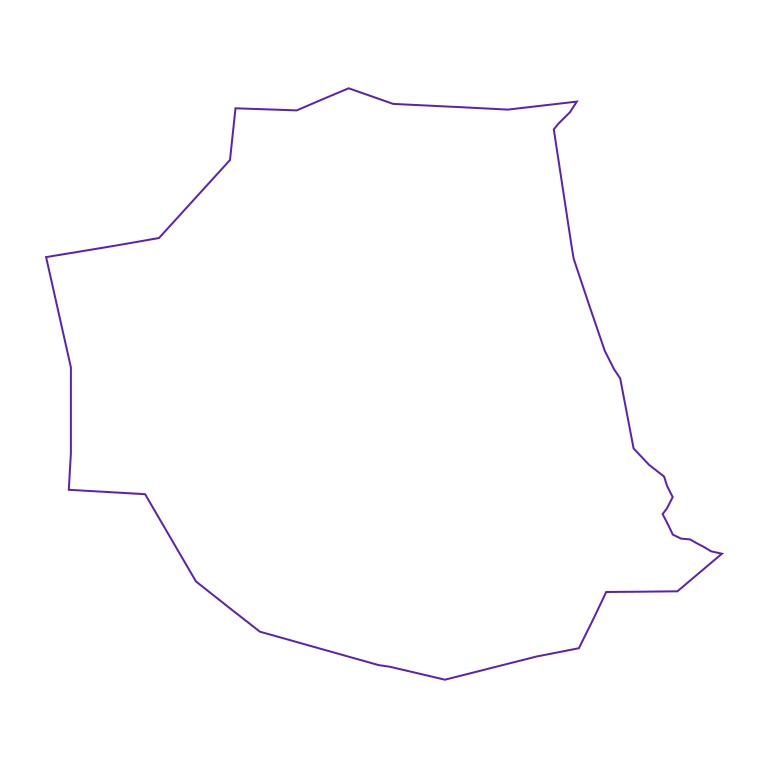 Massapê do Piauí, Piauí, Brazil
{"feature_id": "56859067B40458621475614", "entity_name": "Massapê do Piauí", "entity_type": "district", "adm_level": 2, "iso_a3": "BRA", "parent_name": "Brazil", "parent_adm1": "Piauí", "projection": "robinson", "projection_center": [-41.055, -7.533], "detail": "fine", "context": "isolated", "style": "outline", "palette": "violet", "viewbox_px": 768, "rotation_deg": 0, "n_neighbors": 0, "source": "geoboundaries", "source_scale": "gbopen_adm2", "svg_char_len": 827}
<svg xmlns="http://www.w3.org/2000/svg" viewBox="0 0 768 768"><path d="M576.8,101.6L507.8,109.6L457.5,107.0L450.6,106.7L393.2,103.9L377.8,98.5L348.6,88.3L326.3,97.7L296.7,110.4L259.3,109.1L235.5,108.3L230.0,160.0L168.3,227.8L159.0,238.0L112.6,246.1L46.1,257.1L70.9,367.4L70.9,399.0L70.9,452.9L68.8,489.8L145.1,494.2L196.0,581.5L232.6,610.4L259.9,631.7L378.6,665.1L389.6,666.7L444.9,679.7L536.6,656.5L578.9,648.2L594.0,617.7L606.2,592.0L641.7,591.7L677.4,591.3L721.9,553.7L711.1,551.3L704.3,547.2L696.7,543.2L690.0,539.4L681.0,538.6L672.8,534.6L668.5,525.5L662.6,514.1L666.9,508.5L672.7,497.1L667.1,486.0L664.1,476.6L649.0,464.8L633.6,448.5L620.2,378.4L614.1,369.3L604.8,350.9L589.8,307.0L577.9,271.4L573.6,258.4L571.5,245.6L553.8,129.4L558.4,123.7L569.9,112.3L576.8,101.6Z" fill="none" stroke="#5b21b6" stroke-width="2"/></svg>